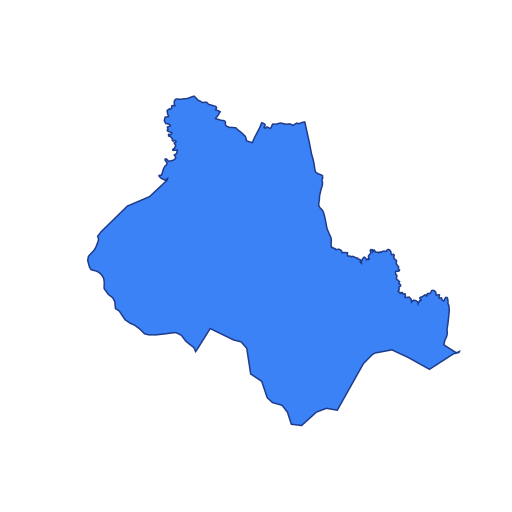 the district of Kangaba, Koulikoro, Mali, rotated 155°
{"feature_id": "8926073B95674786747910", "entity_name": "Kangaba", "entity_type": "district", "adm_level": 2, "iso_a3": "MLI", "parent_name": "Mali", "parent_adm1": "Koulikoro", "projection": "mercator", "projection_center": [-8.71, 11.908], "detail": "fine", "context": "isolated", "style": "filled", "palette": "blue", "viewbox_px": 512, "rotation_deg": 155, "n_neighbors": 0, "source": "geoboundaries", "source_scale": "gbopen_adm2", "svg_char_len": 6096}
<svg xmlns="http://www.w3.org/2000/svg" viewBox="0 0 512 512"><g transform="rotate(155 256 256)"><path d="M396.0,333.0L397.7,331.4L400.7,329.5L404.9,327.8L408.0,326.5L410.1,323.6L410.4,323.2L411.3,318.1L411.6,316.3L411.2,313.2L406.7,309.5L405.1,307.1L404.8,306.4L403.9,304.0L403.5,300.1L404.6,296.4L407.3,291.0L407.3,290.2L407.3,289.9L406.1,283.8L403.5,278.6L403.3,274.1L405.6,267.8L403.2,263.9L401.6,253.5L398.4,248.2L395.2,244.5L392.3,239.2L389.9,232.6L386.4,229.8L380.0,226.8L369.3,223.2L365.6,222.1L360.9,220.4L360.7,220.1L359.1,218.2L357.1,215.6L355.8,209.3L355.6,208.9L355.6,208.4L353.7,204.5L351.0,199.2L351.1,196.6L351.1,194.9L348.7,196.3L328.2,209.6L311.8,189.4L305.7,184.4L303.4,176.2L310.7,151.3L303.8,140.0L305.7,122.8L303.0,116.2L295.4,109.6L293.5,101.0L295.1,88.6L286.3,83.1L267.3,89.0L256.6,88.2L247.5,81.9L204.1,113.1L192.9,117.3L189.3,117.8L172.5,113.5L160.8,99.5L146.7,80.0L118.5,83.9L112.9,82.8L112.1,83.5L114.5,83.5L115.5,83.9L122.5,94.8L123.2,96.5L121.8,98.1L120.2,100.0L117.9,101.9L116.5,103.3L115.2,105.3L113.8,108.9L110.4,114.0L105.8,121.6L103.8,125.0L102.0,130.0L102.2,131.4L101.2,133.7L100.5,135.7L100.4,135.9L100.4,137.7L101.8,138.3L102.7,137.6L103.0,137.3L103.6,136.9L104.3,136.0L105.0,135.9L105.7,136.8L105.8,138.4L105.7,139.1L105.6,139.7L105.9,139.8L106.6,140.0L107.7,140.2L108.0,141.0L106.8,142.3L106.2,143.2L107.1,143.8L108.8,144.2L109.4,144.7L108.7,146.0L108.4,147.5L108.9,148.9L109.4,149.5L110.0,150.1L111.4,150.4L112.3,149.7L112.8,149.2L113.0,149.0L114.0,148.8L115.1,148.5L115.8,149.3L116.4,149.5L117.2,149.0L117.8,148.0L118.3,147.6L118.8,148.7L119.2,149.4L120.3,149.2L121.0,149.1L122.5,148.8L124.0,149.1L125.3,148.8L125.3,147.3L124.9,146.2L125.6,145.9L126.2,146.4L126.9,146.0L127.1,145.9L127.7,145.4L128.5,145.2L129.3,144.3L128.9,146.3L129.9,147.9L131.9,149.4L133.1,149.1L134.5,148.5L133.9,149.9L133.8,151.7L134.5,154.0L136.5,154.7L138.2,155.2L138.5,155.5L137.8,156.4L137.2,157.3L136.9,158.8L138.3,159.1L139.0,159.6L138.7,160.9L139.7,161.4L140.5,161.0L141.1,161.0L141.0,162.0L141.1,162.6L142.0,163.3L141.9,164.2L141.0,164.6L140.2,165.4L140.0,166.7L139.2,167.5L137.7,167.7L137.2,168.6L137.7,170.0L138.2,170.8L137.6,171.6L136.8,172.0L137.4,173.8L138.3,175.2L138.3,176.2L137.5,177.3L136.8,178.3L136.5,179.0L137.2,180.0L136.8,181.1L136.6,182.2L135.6,183.1L134.3,182.5L134.2,182.4L132.9,181.9L131.8,182.7L132.4,183.8L132.0,184.8L131.9,184.9L131.3,186.0L131.9,188.0L132.2,189.8L131.0,191.6L130.6,192.7L131.5,194.0L131.7,195.6L131.8,197.0L130.7,197.7L130.4,198.7L130.8,199.6L132.0,199.6L132.7,200.1L132.5,201.5L132.0,202.5L132.0,203.6L132.4,205.1L133.0,205.7L133.1,205.8L133.4,206.1L134.8,206.0L136.0,205.2L136.7,205.4L137.5,206.1L139.4,206.8L140.8,206.3L141.4,207.1L142.6,207.4L143.2,206.9L143.9,207.8L144.8,208.4L146.0,209.0L146.1,210.1L146.4,211.5L146.9,211.6L147.7,210.9L148.2,210.5L148.6,210.3L148.4,211.6L147.9,212.5L149.1,213.3L150.0,212.9L150.7,210.3L152.3,209.4L154.0,208.6L154.5,207.7L154.5,206.6L154.6,205.6L154.6,205.4L155.3,205.2L155.7,206.1L156.6,205.9L157.5,205.8L157.4,207.0L157.5,207.6L157.6,207.9L158.4,209.3L159.3,209.0L160.9,208.3L161.5,207.5L161.7,207.2L162.6,206.7L162.9,206.2L163.5,204.8L164.2,206.6L163.0,207.9L163.2,208.8L164.8,210.1L164.8,211.2L166.3,212.2L167.7,214.0L168.6,214.9L170.0,214.9L170.3,215.8L171.4,216.5L172.9,217.3L172.4,219.2L171.7,220.2L172.9,221.0L175.1,222.1L176.6,222.4L176.3,223.9L176.7,225.6L178.0,227.1L179.8,227.7L181.2,228.2L181.2,229.3L182.5,230.3L182.8,231.2L183.9,231.8L183.7,233.0L182.7,235.5L181.1,238.3L180.4,240.8L180.2,243.5L180.3,245.3L180.0,251.4L179.9,251.5L178.0,258.8L176.6,265.4L176.4,269.0L177.0,271.1L177.7,272.9L177.8,274.3L177.5,276.0L176.3,278.0L174.8,280.2L173.0,283.6L169.2,288.5L168.7,289.1L166.0,292.0L164.7,294.3L164.3,296.1L163.7,297.7L162.7,298.2L161.8,300.8L162.7,302.0L165.1,304.5L166.1,306.2L166.5,307.0L166.2,309.2L165.5,311.5L165.2,312.5L164.1,316.3L163.4,319.6L162.5,325.2L159.8,335.9L156.2,352.0L155.2,356.4L155.4,357.1L157.7,357.5L160.2,357.7L161.6,358.0L162.8,359.2L164.6,359.1L166.9,358.9L167.5,358.8L168.5,360.5L169.6,361.5L171.7,362.3L172.9,362.5L174.9,364.2L177.9,366.3L180.2,366.7L182.4,367.0L184.2,368.1L184.8,368.5L186.1,367.9L187.2,366.7L188.0,366.0L189.2,365.6L190.0,366.4L190.8,367.7L191.7,368.4L192.7,367.9L193.6,367.9L194.4,369.0L192.6,370.4L192.2,371.4L192.2,371.5L192.9,372.6L193.7,373.6L194.5,374.4L198.6,370.6L205.7,365.2L207.8,363.5L211.4,360.3L213.2,361.8L214.8,363.4L215.9,364.5L215.4,366.7L215.1,368.9L216.6,372.9L217.3,374.4L219.4,378.6L220.1,380.7L223.3,382.6L225.7,383.8L226.9,385.0L228.0,386.4L228.3,387.7L227.8,388.9L227.1,390.2L227.3,391.5L228.6,392.8L230.4,393.7L231.9,395.3L233.7,396.7L234.6,397.5L234.2,398.0L233.3,398.4L231.0,399.5L227.5,401.9L228.9,403.7L230.2,405.0L230.8,405.7L229.7,406.4L229.0,407.3L229.2,408.5L231.1,410.2L232.9,411.8L234.9,413.5L235.7,416.1L238.2,417.3L239.6,417.6L241.1,419.8L242.9,422.1L243.5,424.4L244.0,425.8L244.6,427.1L248.1,427.5L250.9,427.6L253.3,428.3L255.1,429.0L257.2,429.6L257.6,429.7L258.9,430.3L259.3,430.5L259.6,430.7L260.1,431.0L260.7,431.5L260.8,431.5L262.3,432.0L263.1,431.8L263.8,431.5L264.2,431.1L265.0,430.4L265.9,427.8L265.8,426.6L266.3,426.4L267.2,427.2L268.6,427.8L269.4,426.9L269.7,425.9L270.6,425.3L271.6,425.2L272.2,426.1L272.5,425.9L273.1,425.7L273.4,425.5L273.5,425.5L274.5,425.7L275.0,425.3L275.2,425.1L276.1,422.1L276.1,420.2L276.3,419.3L279.7,420.2L281.9,417.5L281.8,414.2L278.9,412.1L278.6,410.1L281.8,410.3L282.4,407.7L283.3,407.5L283.2,406.4L280.2,403.4L282.0,402.0L283.8,403.2L284.5,401.7L283.2,400.5L282.2,397.5L283.1,396.0L282.5,395.2L280.5,394.9L280.0,394.0L280.4,393.1L282.4,393.0L282.1,389.9L284.6,388.0L286.4,387.8L286.6,386.8L282.6,385.2L284.6,382.4L287.4,382.1L287.0,379.4L287.4,378.9L287.7,378.5L290.2,377.7L291.1,377.9L293.9,378.4L295.3,379.1L296.2,381.9L297.5,382.2L297.9,381.0L297.3,378.0L298.3,376.5L300.4,376.0L303.0,374.1L307.4,369.2L309.8,370.0L310.1,369.5L309.6,367.7L309.0,366.3L306.3,363.0L305.0,363.4L303.4,363.7L304.5,362.3L327.3,354.8L351.5,355.6L386.0,343.5L391.2,340.8L391.4,338.5L392.2,336.7L396.0,333.0Z" fill="#3b82f6" stroke="#1e3a8a" stroke-width="1.5"/></g></svg>